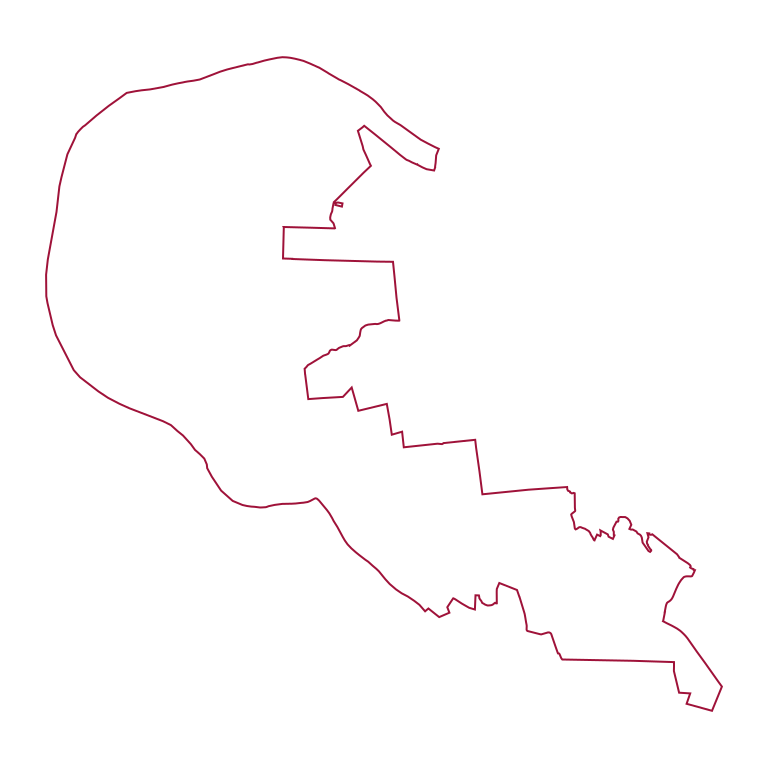 Harsova, Constanta, Romania (Albers equal-area conic projection)
{"feature_id": "2599482B54457444635574", "entity_name": "Harsova", "entity_type": "district", "adm_level": 2, "iso_a3": "ROU", "parent_name": "Romania", "parent_adm1": "Constanta", "projection": "albers", "projection_center": [27.999, 44.706], "detail": "fine", "context": "isolated", "style": "outline", "palette": "rose", "viewbox_px": 768, "rotation_deg": 0, "n_neighbors": 0, "source": "geoboundaries", "source_scale": "gbopen_adm2", "svg_char_len": 5988}
<svg xmlns="http://www.w3.org/2000/svg" viewBox="0 0 768 768"><path d="M242.5,505.0L247.0,506.0L251.3,506.6L254.5,506.8L260.1,507.5L262.4,507.4L265.8,507.2L267.1,506.8L268.6,506.2L274.7,504.9L282.3,503.9L292.1,503.7L295.6,503.5L301.0,502.9L303.4,502.7L307.7,502.0L310.1,501.0L314.8,498.5L315.8,498.3L317.1,498.8L319.1,500.6L326.9,510.0L329.4,513.4L332.1,518.0L333.7,521.1L337.4,527.0L342.8,537.0L344.9,540.6L347.6,544.4L351.3,548.3L355.7,552.2L359.4,555.2L365.4,559.8L368.2,561.7L372.6,565.7L376.4,568.9L378.9,571.3L385.3,579.2L389.7,584.0L396.0,589.4L401.7,593.3L407.8,596.5L414.2,600.8L419.4,604.8L425.1,611.3L428.4,608.5L439.2,617.1L449.4,612.7L447.3,607.2L453.2,598.3L453.4,598.3L455.3,599.3L461.7,603.5L464.8,605.3L469.2,607.8L474.9,609.5L475.5,595.3L478.5,595.4L478.9,595.4L479.1,596.2L479.4,598.3L480.0,599.3L481.3,601.0L482.3,603.0L483.6,603.6L484.7,604.4L486.4,605.1L487.7,605.5L489.5,605.4L491.2,605.2L492.6,604.7L495.0,602.8L495.4,602.8L495.7,603.2L496.1,603.4L496.8,603.3L496.7,591.8L496.8,589.0L499.3,583.0L517.0,590.0L519.4,596.9L519.5,596.9L524.2,612.3L524.7,614.1L525.3,617.5L526.1,622.4L526.6,625.0L526.7,626.0L526.6,628.9L526.6,629.7L526.8,630.2L527.1,630.7L527.5,631.0L540.0,634.2L541.2,634.4L548.1,632.4L549.4,632.5L550.2,632.9L550.8,633.4L551.3,634.2L551.8,635.7L555.4,646.2L557.8,653.0L558.0,653.4L558.8,653.4L559.4,653.9L560.1,655.4L560.6,656.7L561.3,658.2L562.0,659.2L562.3,659.5L633.3,660.8L674.0,662.1L674.0,666.5L673.9,671.0L679.1,692.7L690.2,693.4L686.6,703.8L712.0,710.8L721.7,687.1L721.9,686.6L718.2,681.5L704.9,662.7L696.8,651.6L687.4,638.2L685.6,636.0L683.8,634.1L681.6,632.0L680.1,630.7L677.1,628.6L674.1,626.9L671.7,625.6L666.8,623.2L663.0,621.2L663.2,620.8L664.9,612.2L664.7,612.2L665.8,606.4L666.2,604.8L666.8,603.3L667.1,602.8L667.8,602.2L669.0,601.5L670.2,600.6L670.8,600.0L671.6,599.1L672.4,597.8L673.1,596.4L676.3,588.7L678.2,584.7L679.1,583.1L680.1,581.6L681.0,580.2L682.4,578.6L683.7,577.2L684.2,576.9L685.5,576.5L687.0,576.3L690.9,576.4L691.8,576.2L692.2,575.9L693.9,572.6L694.9,570.2L693.9,570.1L693.5,569.8L693.5,569.1L691.4,568.4L690.1,567.5L690.7,566.2L690.0,565.0L687.8,563.2L679.2,557.7L679.2,557.3L677.1,554.3L652.3,534.3L651.1,534.8L649.0,534.5L649.2,533.4L647.4,533.2L648.5,537.3L646.8,541.7L647.1,543.7L647.9,544.6L647.9,545.5L650.3,549.2L650.9,549.6L651.2,550.1L651.2,550.7L650.1,551.9L648.5,551.0L642.6,542.6L641.8,537.6L641.0,535.8L640.0,534.7L637.6,533.4L636.4,531.5L632.7,529.5L631.0,529.6L629.4,528.9L631.3,524.8L629.7,520.8L627.5,518.4L625.3,517.1L620.4,517.0L619.1,517.5L618.3,518.7L618.4,520.9L617.9,521.7L616.5,521.7L613.4,527.6L612.9,529.7L613.8,531.8L613.8,535.0L614.5,535.3L612.9,538.9L608.6,536.7L607.8,534.4L600.4,530.4L600.7,531.9L600.7,535.2L600.2,536.1L597.1,534.6L594.8,539.6L594.5,540.4L594.2,540.3L593.7,539.7L592.6,537.4L591.7,536.1L590.7,534.4L590.1,532.8L588.7,531.0L585.8,529.3L585.1,528.8L582.4,527.9L580.8,527.2L580.0,527.1L579.3,527.3L578.7,527.5L577.5,528.5L575.7,529.4L575.1,528.9L574.8,528.3L573.9,522.1L571.7,516.4L571.2,514.6L571.6,513.9L574.3,511.8L575.1,511.1L575.2,510.4L574.9,507.9L574.7,493.3L573.7,492.9L571.9,493.4L570.1,492.4L570.1,491.7L569.6,491.3L568.1,490.8L567.3,489.4L567.1,487.0L528.5,489.7L482.4,494.3L479.5,471.6L476.1,447.7L475.2,439.8L443.5,443.1L443.3,443.4L442.0,444.1L437.5,443.7L403.8,447.3L402.1,431.7L391.8,434.7L389.6,419.5L386.8,403.9L358.3,410.8L351.7,387.5L342.9,396.9L322.0,398.1L308.3,399.1L305.2,374.6L305.1,374.4L304.7,369.4L304.6,368.8L306.4,367.0L307.6,365.5L308.1,365.0L310.5,363.7L317.0,359.7L319.7,358.1L323.3,355.7L326.5,354.6L328.0,353.9L328.6,353.4L329.3,352.1L329.9,350.7L330.7,350.1L331.5,349.7L332.5,349.7L335.4,350.1L336.2,350.0L336.7,349.8L337.3,349.2L339.0,347.9L342.6,346.4L343.8,346.1L346.0,346.1L349.2,345.1L349.6,345.7L356.9,340.3L358.8,337.5L359.7,335.9L360.0,334.0L360.2,332.5L360.7,330.0L361.2,328.9L362.0,328.0L365.4,325.5L368.2,324.6L375.2,323.9L376.9,324.1L377.9,324.0L379.6,323.5L381.2,322.8L384.0,321.4L386.0,320.6L386.7,320.6L387.5,320.3L388.3,320.0L395.5,320.6L399.1,320.7L399.3,320.6L399.3,320.0L396.5,297.6L394.5,276.6L393.0,261.8L377.4,261.6L325.1,260.2L292.3,259.0L292.3,258.8L283.0,258.5L283.8,227.5L283.6,227.0L310.8,227.7L334.7,228.4L335.0,228.2L333.6,223.6L333.4,223.2L330.3,219.7L330.2,217.4L330.5,215.9L330.9,214.2L332.1,211.5L332.4,209.8L332.5,208.5L333.5,203.5L334.4,203.0L334.7,202.9L335.9,203.0L335.5,205.0L341.9,206.6L342.5,203.4L338.1,202.5L335.9,202.8L334.8,202.7L334.2,202.9L333.7,203.2L333.8,202.2L336.7,199.5L347.3,188.9L363.6,172.7L370.9,165.8L370.0,164.1L366.0,155.1L363.4,149.5L362.7,146.2L357.9,130.8L362.3,127.5L364.2,125.8L374.9,134.3L390.9,147.3L400.2,155.0L405.9,159.4L406.9,160.0L408.8,160.7L412.0,162.4L417.1,164.6L417.4,164.4L417.6,164.8L422.5,167.4L426.6,169.2L434.1,170.5L435.2,167.2L435.1,166.5L435.6,163.0L436.2,155.3L438.8,148.8L435.2,147.2L427.9,143.5L420.6,139.6L419.3,138.6L418.8,138.3L400.9,125.4L400.3,125.0L395.1,122.0L393.1,120.6L387.4,115.4L384.2,111.7L380.8,107.0L377.0,103.1L375.5,101.6L372.7,99.2L367.7,95.5L364.6,93.6L359.8,90.8L359.7,90.6L348.0,84.0L340.8,80.3L338.6,79.3L337.7,78.7L328.6,73.4L327.6,72.7L319.6,67.9L310.1,63.6L303.5,60.9L300.5,60.1L300.3,60.0L294.9,58.7L290.3,57.8L286.8,57.4L282.4,57.2L277.4,57.8L269.1,59.5L264.3,60.6L257.7,62.5L256.7,62.7L252.5,64.0L249.3,64.5L248.0,64.3L245.9,64.8L232.2,68.2L227.1,69.5L220.1,71.7L213.2,74.4L199.8,79.5L193.4,80.7L187.5,81.5L184.7,82.0L183.0,82.4L178.1,83.3L172.2,84.6L163.4,87.0L150.1,89.4L141.6,90.3L135.5,91.2L126.7,92.9L119.5,98.2L108.7,105.9L96.5,115.5L85.0,125.4L82.9,126.8L80.5,129.2L78.1,131.8L76.5,134.0L76.3,134.1L75.1,137.8L67.4,154.3L61.5,177.1L59.4,186.4L56.5,211.9L47.8,259.6L46.1,274.7L46.3,296.3L47.5,303.1L52.7,325.1L56.0,335.3L73.8,370.2L80.1,377.3L98.4,391.4L108.0,397.8L119.5,403.8L129.5,408.3L163.0,421.2L170.9,425.1L177.4,431.0L183.0,435.5L190.9,444.2L195.0,449.9L199.8,454.1L204.3,458.6L206.8,464.4L207.2,468.2L211.9,476.8L221.1,490.6L232.7,500.9L242.5,505.0Z" fill="none" stroke="#9f1239" stroke-width="2"/></svg>